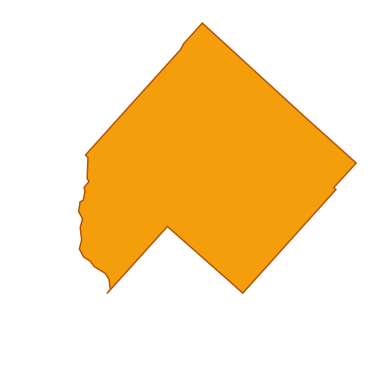 Woodward, Oklahoma, United States of America (Natural Earth projection), rotated 222°
{"feature_id": "52423323B19175534214846", "entity_name": "Woodward", "entity_type": "district", "adm_level": 2, "iso_a3": "USA", "parent_name": "United States of America", "parent_adm1": "Oklahoma", "projection": "natural_earth1", "projection_center": [-99.212, 36.491], "detail": "fine", "context": "isolated", "style": "filled", "palette": "amber", "viewbox_px": 384, "rotation_deg": 222, "n_neighbors": 0, "source": "geoboundaries", "source_scale": "gbopen_adm2", "svg_char_len": 549}
<svg xmlns="http://www.w3.org/2000/svg" viewBox="0 0 384 384"><g transform="rotate(222 192 192)"><path d="M86.6,150.8L86.6,161.8L86.7,290.2L89.6,290.2L89.4,323.4L159.0,323.3L297.4,324.4L297.4,296.5L295.8,290.1L295.9,185.4L295.9,148.3L292.2,147.8L278.8,131.7L275.6,130.9L275.3,123.3L271.9,120.8L267.3,113.1L268.6,109.7L263.0,101.5L255.5,99.0L251.3,90.8L241.9,82.5L237.6,74.3L228.9,71.2L221.6,72.5L214.7,71.2L201.8,73.5L195.3,71.6L187.6,65.0L187.3,59.6L187.2,149.9L98.3,150.8L86.6,150.8Z" fill="#f59e0b" stroke="#b45309" stroke-width="1.5"/></g></svg>